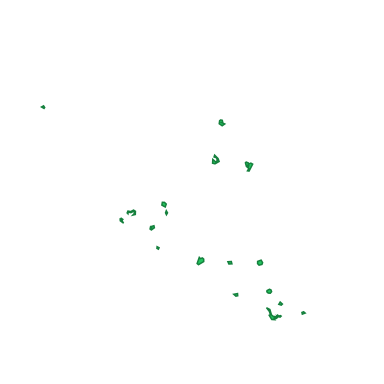 Lau, Eastern, Fiji, rotated 136°
{"feature_id": "14151628B80423492752803", "entity_name": "Lau", "entity_type": "district", "adm_level": 2, "iso_a3": "FJI", "parent_name": "Fiji", "parent_adm1": "Eastern", "projection": "natural_earth1", "projection_center": [-179.094, -18.709], "detail": "medium", "context": "isolated", "style": "filled", "palette": "green", "viewbox_px": 384, "rotation_deg": 136, "n_neighbors": 0, "source": "geoboundaries", "source_scale": "gbopen_adm2", "svg_char_len": 1936}
<svg xmlns="http://www.w3.org/2000/svg" viewBox="0 0 384 384"><g transform="rotate(136 192 192)"><path d="M214.1,40.8L214.2,41.6L215.8,42.5L215.9,44.0L218.0,43.8L220.0,46.2L220.2,48.4L217.6,53.4L218.8,57.0L219.3,52.4L220.8,49.3L222.1,49.7L223.2,44.9L221.1,42.6L220.7,44.6L220.1,42.6L219.9,44.0L219.2,42.5L216.8,42.3L216.7,43.3L215.6,40.8L214.1,40.8ZM237.8,135.2L231.9,133.8L230.2,135.6L230.3,137.3L232.3,138.4L232.2,139.9L238.0,137.0L237.8,135.2ZM136.4,167.4L129.0,169.9L129.6,171.9L131.9,172.9L131.3,173.9L132.2,175.9L133.3,175.9L135.1,172.6L135.0,171.6L133.5,172.6L132.7,171.7L134.9,170.4L134.8,169.4L137.4,168.7L136.4,167.4ZM192.0,91.3L190.3,92.1L189.6,95.0L193.0,96.5L194.6,94.9L194.6,92.8L192.0,91.3ZM155.9,196.3L151.3,195.1L150.0,198.0L150.1,202.8L151.8,201.9L150.6,199.5L151.9,197.1L154.1,197.0L154.4,201.0L157.2,198.4L155.9,196.3ZM124.3,218.7L121.2,218.2L122.4,221.3L121.5,220.8L120.4,222.5L121.3,223.9L122.6,224.1L125.0,222.2L124.3,218.7ZM221.7,199.8L218.9,201.2L219.0,203.7L220.5,205.2L222.8,203.5L221.7,199.8ZM206.5,69.0L207.5,68.2L207.4,66.4L206.0,64.8L204.0,65.0L203.2,66.7L203.8,68.2L206.5,69.0ZM248.4,215.2L246.1,217.4L246.6,219.6L249.7,220.5L251.3,222.8L253.2,222.0L253.2,220.8L251.9,221.9L250.3,219.6L247.5,218.7L247.7,216.7L250.6,216.5L248.4,215.2ZM215.5,114.6L213.2,112.6L212.0,114.7L214.6,116.9L215.5,114.6ZM243.9,192.4L242.8,194.2L244.9,195.3L246.1,194.2L246.1,195.7L247.9,194.5L247.6,192.9L243.9,192.4ZM231.2,85.6L229.8,87.3L233.0,89.4L232.8,86.6L231.2,85.6ZM262.9,217.1L262.2,220.4L260.8,220.4L261.3,222.9L261.9,220.8L262.6,222.3L263.6,221.1L262.9,217.1ZM206.4,48.6L204.8,48.6L205.0,51.6L207.6,50.9L206.4,48.6ZM226.2,193.4L224.1,194.0L223.5,196.4L225.5,195.4L226.2,193.4ZM196.6,29.0L197.5,27.5L194.7,26.3L194.9,28.3L196.6,29.0ZM255.9,174.2L254.4,174.8L255.1,176.9L256.4,175.8L255.9,174.2ZM241.2,357.7L240.4,354.9L239.3,355.1L238.9,357.1L241.2,357.7Z" fill="#22c55e" stroke="#15803d" stroke-width="1.5"/></g></svg>